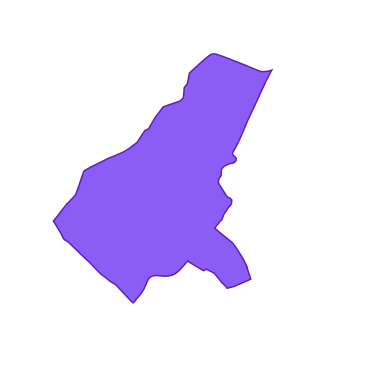 Zilupe, Zilupes, Latvia (orthographic projection), rotated 57°
{"feature_id": "27541924B3022786847050", "entity_name": "Zilupe", "entity_type": "district", "adm_level": 2, "iso_a3": "LVA", "parent_name": "Latvia", "parent_adm1": "Zilupes", "projection": "orthographic", "projection_center": [28.122, 56.393], "detail": "fine", "context": "isolated", "style": "filled", "palette": "violet", "viewbox_px": 384, "rotation_deg": 57, "n_neighbors": 0, "source": "geoboundaries", "source_scale": "gbopen_adm2", "svg_char_len": 2949}
<svg xmlns="http://www.w3.org/2000/svg" viewBox="0 0 384 384"><g transform="rotate(57 192 192)"><path d="M90.8,129.3L98.6,136.8L100.2,141.6L106.1,146.2L108.3,148.0L109.2,152.5L106.3,164.0L106.0,165.5L104.9,169.8L107.3,176.1L109.4,182.1L110.7,184.7L114.0,191.4L115.2,193.7L115.2,195.4L114.8,197.9L115.6,199.9L116.1,201.1L116.5,202.1L120.4,210.7L121.0,217.4L121.1,219.2L121.3,220.7L121.2,224.9L121.1,227.5L119.6,237.0L118.8,240.7L118.3,243.2L116.7,257.1L116.0,262.8L115.5,270.4L116.1,272.0L120.0,277.0L125.5,283.9L130.8,290.9L132.2,295.8L132.7,298.3L133.4,300.5L133.4,301.2L133.6,302.7L133.6,302.8L134.1,304.3L141.0,324.2L141.6,324.0L156.2,324.5L156.9,324.6L160.7,325.2L160.9,325.2L162.5,325.0L162.8,325.0L163.0,324.6L167.0,322.9L169.2,322.4L171.5,321.9L181.3,319.7L183.9,319.1L191.6,317.2L193.3,316.7L193.8,316.6L199.8,315.4L204.2,314.6L205.7,314.3L209.5,313.5L212.4,312.7L216.9,311.0L221.3,309.7L221.6,309.6L225.9,307.6L226.8,307.1L227.6,306.6L234.7,305.3L240.4,304.3L245.9,303.3L250.7,302.4L251.7,302.1L252.9,301.8L252.7,300.3L252.5,299.3L251.4,296.7L250.7,294.0L249.9,291.4L249.4,289.9L248.6,288.1L247.0,284.8L242.6,278.2L241.2,275.8L241.0,275.2L240.8,274.4L240.7,273.4L240.7,272.5L240.8,271.5L241.1,270.7L241.4,269.7L241.9,268.7L242.5,267.7L242.9,267.0L245.2,264.1L247.6,260.9L249.3,258.1L250.0,256.5L250.4,255.3L250.9,253.8L251.2,252.3L251.3,251.3L251.3,250.5L251.3,248.6L251.2,247.9L250.6,244.3L247.4,232.7L248.8,232.8L250.6,231.9L264.2,225.3L264.5,223.2L264.4,223.2L264.6,221.9L266.1,221.1L272.4,217.5L273.1,217.5L276.5,217.1L281.8,216.6L283.8,216.4L289.4,215.2L291.9,215.0L294.2,207.9L295.1,202.3L297.0,191.0L297.1,190.1L290.2,188.3L286.6,187.4L284.8,186.9L285.0,186.6L280.7,186.0L275.4,185.5L262.0,185.3L261.1,185.4L259.0,185.6L256.7,185.7L244.1,189.8L242.8,190.2L239.3,191.2L235.9,192.3L235.0,192.6L234.7,191.9L233.6,190.0L232.9,187.0L232.0,185.4L231.6,182.2L230.3,180.5L229.1,178.8L228.1,177.3L227.8,176.6L227.2,175.4L226.5,173.5L226.0,172.3L225.3,171.0L224.8,170.1L224.6,169.3L224.5,168.1L224.1,167.0L223.7,166.0L223.4,165.5L222.7,164.8L220.9,163.4L220.4,163.0L218.1,163.4L215.9,164.7L215.4,164.9L214.9,165.1L214.4,165.2L199.6,165.0L198.5,164.6L197.7,164.1L196.4,163.1L195.5,162.0L195.0,160.8L194.3,158.9L194.0,158.4L193.5,157.9L192.8,157.5L192.0,157.2L190.8,156.5L190.1,155.8L189.2,154.9L188.6,154.0L188.0,151.4L188.0,149.7L188.3,147.5L188.8,144.9L189.3,143.6L190.0,142.2L190.2,141.4L190.3,140.7L190.2,139.7L190.1,139.1L189.6,138.1L189.3,137.6L188.8,137.2L188.3,136.7L187.7,136.7L186.6,136.7L185.3,137.0L183.3,137.4L182.6,137.4L181.8,137.1L181.3,136.7L180.9,136.2L178.5,131.2L174.2,123.9L169.4,116.6L163.0,107.3L159.8,102.1L154.1,93.0L149.1,85.0L146.2,80.5L139.0,69.0L133.2,58.8L132.9,60.5L131.2,64.4L128.9,68.2L125.7,70.7L120.0,74.6L115.5,77.7L106.2,84.3L100.6,88.3L95.5,92.0L93.1,93.9L89.2,96.9L87.6,99.3L86.9,100.9L86.9,101.6L87.2,105.5L88.0,112.2L89.6,122.3L90.8,129.3Z" fill="#8b5cf6" stroke="#5b21b6" stroke-width="1.5"/></g></svg>